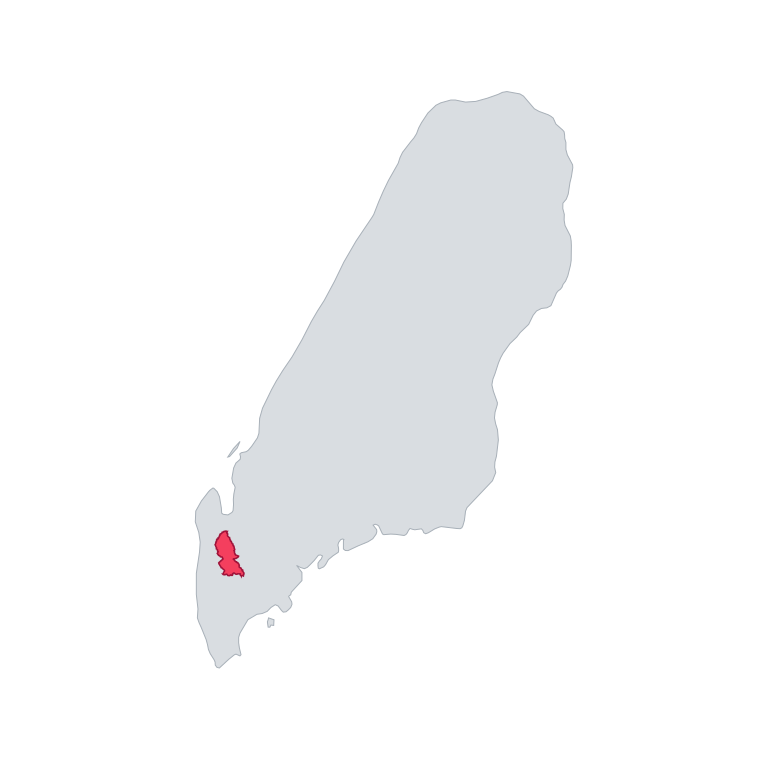 Andapa, Sava, Madagascar shown in context, rotated 192°
{"feature_id": "10022922B40357207342555", "entity_name": "Andapa", "entity_type": "district", "adm_level": 2, "iso_a3": "MDG", "parent_name": "Madagascar", "parent_adm1": "Sava", "projection": "mercator", "projection_center": [49.555, -14.613], "detail": "fine", "context": "in_parent", "style": "filled", "palette": "rose", "viewbox_px": 768, "rotation_deg": 192, "n_neighbors": 0, "source": "geoboundaries", "source_scale": "gbopen_adm2", "svg_char_len": 8487}
<svg xmlns="http://www.w3.org/2000/svg" viewBox="0 0 768 768"><g transform="rotate(192 384 384)"><path d="M500.5,87.8L502.5,92.5L504.8,97.0L512.1,107.8L515.2,112.0L517.9,116.4L519.2,125.3L523.8,139.1L528.2,159.9L529.5,181.3L530.9,191.1L534.3,200.3L539.9,209.9L541.7,220.6L538.3,231.6L533.3,242.0L532.1,244.0L529.7,246.7L528.7,246.6L524.7,243.9L521.5,239.5L517.4,229.1L515.9,223.9L514.2,223.1L509.4,223.5L506.0,226.8L505.3,228.8L506.1,234.7L507.4,239.9L508.0,245.2L508.1,252.0L509.4,254.0L511.3,255.7L513.2,260.1L513.6,270.6L512.4,275.9L509.0,280.5L509.2,283.0L510.5,285.6L509.3,287.1L504.8,289.1L503.0,290.9L500.5,295.5L496.6,305.0L496.1,309.8L498.5,324.6L497.8,335.1L492.8,355.2L489.9,364.8L485.8,376.2L479.6,391.3L473.4,410.3L468.1,429.9L464.2,441.7L459.8,453.4L453.8,474.0L448.6,495.0L441.0,518.2L430.5,544.2L429.3,547.6L427.1,560.9L424.8,572.4L422.0,583.9L416.0,602.9L415.4,608.8L414.0,614.5L408.3,626.4L405.9,630.9L404.2,635.6L403.3,641.7L401.6,647.5L397.4,658.2L391.2,667.4L387.0,670.8L377.8,675.6L373.2,676.6L362.9,676.7L353.0,679.5L342.6,684.9L332.6,691.0L328.8,693.9L324.6,695.6L311.4,696.0L307.4,694.6L294.2,684.5L289.1,682.9L279.4,681.5L276.5,680.6L273.8,679.3L269.9,674.0L262.1,669.6L260.3,668.2L259.1,665.1L258.3,661.8L256.3,658.1L254.8,651.1L252.3,646.2L245.1,637.6L244.3,634.8L243.8,625.6L244.0,619.5L243.3,608.1L244.1,602.8L246.6,598.0L245.6,592.8L242.9,587.4L241.9,581.8L239.9,576.7L232.5,567.5L230.7,562.9L229.5,558.3L226.6,543.7L226.3,538.6L226.7,527.9L227.8,522.4L229.6,518.6L230.0,515.7L231.2,513.3L233.0,511.3L234.2,509.0L237.0,495.4L240.5,492.4L245.8,490.6L250.0,487.1L252.4,482.3L254.9,472.4L261.5,462.6L263.9,457.5L269.2,449.7L273.9,438.9L275.4,433.7L276.4,428.5L277.6,417.0L278.5,411.3L278.3,405.6L275.6,399.8L269.2,389.3L268.9,387.3L269.5,379.5L268.9,373.8L266.5,368.2L263.5,362.9L260.5,353.0L259.0,336.7L259.3,330.8L258.5,325.6L256.3,320.6L257.8,311.9L277.1,280.4L277.8,276.7L277.0,267.2L277.4,261.6L278.0,259.5L279.5,258.3L282.8,257.8L298.4,256.4L300.4,255.4L304.3,252.8L309.7,247.7L312.1,246.2L314.2,246.8L315.6,248.9L317.3,250.1L323.6,247.8L326.0,247.8L328.5,248.1L329.6,246.0L330.3,243.2L331.3,241.2L332.9,240.0L341.1,239.4L346.2,238.6L352.9,236.6L354.3,237.0L359.7,244.1L361.4,244.8L363.5,245.0L365.3,243.7L360.9,240.0L360.3,237.9L360.5,235.5L362.8,230.3L366.8,226.4L375.5,220.4L384.5,213.6L387.2,213.1L389.4,214.2L391.1,222.3L390.9,223.6L392.3,223.8L394.0,222.8L395.5,219.5L395.6,216.8L394.4,214.2L393.8,212.0L393.7,210.0L398.3,205.2L401.9,200.6L403.6,195.1L405.0,192.6L408.8,189.8L410.0,190.2L410.8,192.5L411.3,195.0L410.4,197.4L409.0,199.8L408.4,203.0L410.6,203.6L412.6,202.8L415.5,197.0L418.9,191.6L420.9,188.7L423.5,186.8L427.7,187.2L431.8,188.4L425.1,182.6L423.4,174.7L431.4,161.1L431.4,158.3L432.6,157.4L433.1,156.3L429.0,151.7L428.2,149.4L428.8,146.0L430.8,142.9L432.5,140.8L435.1,139.9L437.1,141.1L441.5,144.9L444.5,145.5L448.1,141.9L451.0,137.3L455.4,134.2L460.4,132.3L468.1,125.2L473.1,110.3L473.5,106.0L472.4,100.7L470.6,95.8L467.6,89.5L468.4,88.1L472.6,89.0L474.0,88.1L478.5,82.6L486.0,72.0L488.5,72.1L490.6,74.0L491.4,76.9L492.9,79.0L497.9,84.1L500.5,87.8ZM448.3,129.5L448.3,131.2L442.6,130.5L441.7,124.9L444.5,124.7L445.1,122.4L446.8,122.1L448.6,127.1L448.3,129.5ZM517.8,289.6L512.9,297.9L514.3,290.9L520.0,280.9L521.6,280.1L517.8,289.6Z" fill="#d9dde1" stroke="#a8b0b8" stroke-width="1"/><path d="M511.5,205.4L511.5,205.2L511.4,204.9L511.6,204.4L511.8,204.3L512.2,203.8L512.3,203.5L512.6,203.5L512.8,203.4L512.9,203.2L513.1,203.1L513.1,202.7L513.2,202.4L513.3,202.2L513.3,201.9L513.2,201.7L513.3,201.5L513.1,201.4L513.3,201.2L513.4,200.9L513.5,200.5L513.5,200.3L513.7,199.8L513.6,199.4L513.7,199.2L513.8,199.0L514.2,198.9L513.9,198.5L514.0,198.1L514.3,197.8L514.5,197.4L514.8,197.3L515.0,197.4L515.1,197.5L515.2,197.3L515.3,197.0L515.4,196.7L515.3,196.4L515.2,196.4L515.1,196.0L515.0,195.8L515.2,195.6L515.2,195.4L515.4,195.3L515.5,195.1L515.5,194.7L515.3,194.2L515.5,194.0L515.6,193.7L515.4,193.4L515.5,193.0L515.5,192.6L515.6,192.3L515.7,192.2L515.7,191.8L515.8,191.7L515.6,191.4L515.3,190.9L515.0,190.7L514.9,190.5L514.6,189.8L514.4,189.6L513.8,189.2L513.8,187.9L512.7,187.5L512.4,187.3L512.3,187.2L512.1,186.7L512.3,186.3L512.2,186.2L511.9,185.7L511.7,185.6L511.3,185.5L511.3,185.3L511.5,185.1L511.5,184.6L511.7,184.4L511.7,184.1L511.9,183.6L511.6,183.4L511.5,183.2L511.3,183.1L511.2,182.9L510.9,182.9L510.6,182.7L510.5,182.2L510.2,182.0L509.9,182.0L509.6,181.8L509.2,181.9L508.9,181.9L508.6,181.4L508.2,181.0L507.8,180.9L507.2,181.1L506.8,181.0L506.6,181.1L506.3,181.1L506.0,180.6L505.8,180.5L505.8,180.2L505.7,179.9L505.2,179.7L505.2,179.3L505.2,178.9L505.6,178.6L505.8,178.5L506.1,177.9L506.4,177.8L506.6,177.6L506.8,177.3L506.7,177.1L506.8,176.8L507.1,176.7L507.4,176.4L507.4,176.1L507.6,175.9L507.7,175.7L508.0,175.6L508.1,175.2L508.3,175.0L508.2,174.6L508.4,174.5L508.1,174.0L508.1,173.8L507.8,173.6L507.7,173.4L507.4,173.2L507.2,172.9L507.0,172.7L506.8,172.4L506.4,172.1L506.3,171.9L506.2,171.8L505.8,171.6L505.5,171.0L505.0,170.4L504.8,170.5L504.3,170.5L503.5,169.7L503.0,169.6L502.6,169.4L502.2,169.2L501.9,168.9L501.6,168.8L501.4,168.7L501.2,168.4L501.1,168.1L501.1,167.6L501.3,167.4L501.6,166.8L501.8,166.0L501.6,165.4L501.6,165.1L501.8,165.0L502.0,164.7L502.3,164.6L501.7,164.2L501.2,164.1L500.6,164.2L499.9,164.3L498.9,165.1L498.5,165.2L498.3,165.0L498.1,165.0L497.9,165.1L497.7,164.9L497.3,164.6L497.2,164.4L497.0,164.2L495.6,164.3L495.2,164.4L494.7,164.8L494.6,165.2L494.3,165.4L493.7,165.2L493.2,165.2L492.9,165.1L492.5,165.4L492.5,165.5L492.4,165.8L492.7,166.2L492.8,166.3L492.8,166.5L492.7,166.6L492.3,166.8L492.4,167.2L492.1,167.4L492.0,167.7L491.9,167.8L491.6,167.8L491.4,167.9L491.1,167.9L490.9,167.9L490.6,167.6L490.4,167.5L490.1,167.4L489.9,167.4L489.6,167.2L489.1,167.1L488.4,167.4L488.2,167.4L488.1,167.7L487.8,167.9L487.4,167.9L487.2,168.0L486.9,168.1L486.3,168.1L485.7,168.4L485.1,168.4L485.1,168.0L485.0,167.4L484.9,167.3L484.7,167.3L484.5,167.0L484.4,167.0L484.1,167.0L483.6,166.3L483.6,166.6L483.3,166.9L483.1,166.9L482.4,167.4L482.1,167.1L481.7,167.0L481.8,167.4L481.6,167.7L481.7,168.2L481.5,168.6L481.6,168.8L481.7,169.1L481.6,169.4L481.6,169.9L481.7,170.0L481.9,170.2L482.1,170.4L482.2,170.5L482.5,170.8L482.8,171.0L483.0,171.2L483.1,171.4L483.2,171.5L483.3,171.6L483.2,171.7L483.2,171.8L483.3,172.0L483.5,171.9L483.5,172.0L483.6,172.4L483.6,172.5L484.0,172.4L484.0,172.6L484.1,172.8L484.4,172.8L484.8,173.2L484.9,173.4L485.0,173.5L485.3,173.7L485.5,173.8L485.7,174.3L485.9,174.3L486.1,174.4L486.5,174.3L486.9,174.6L487.2,174.6L487.3,174.8L487.5,174.8L487.6,175.1L487.7,175.3L488.0,176.1L487.8,176.6L488.2,177.1L488.6,177.8L489.3,178.1L489.7,178.8L489.8,178.8L490.0,178.9L490.5,178.7L491.3,179.0L491.2,179.4L491.3,179.5L491.9,179.4L492.3,179.5L492.5,179.7L492.8,179.7L493.1,180.0L493.3,180.4L493.5,180.5L493.7,180.4L494.1,181.0L495.0,181.4L494.9,181.7L494.8,181.8L494.6,181.8L494.3,181.7L494.0,181.6L493.8,181.8L493.7,182.1L493.4,182.3L493.1,182.5L492.9,182.5L492.7,182.5L492.4,182.6L492.0,183.2L491.8,183.3L491.4,183.6L491.3,183.9L490.6,184.5L490.5,184.8L490.4,185.0L490.5,185.5L491.2,185.5L492.4,185.8L492.9,185.9L493.6,185.8L493.9,186.0L494.1,186.5L494.3,186.5L494.5,186.8L494.5,187.1L495.0,187.5L495.1,188.0L495.4,188.4L495.4,188.7L495.5,188.9L495.4,189.2L495.4,189.3L495.6,189.5L495.8,189.5L496.2,189.9L496.1,190.1L495.8,190.4L495.8,190.6L495.6,190.7L495.6,191.3L495.8,191.6L496.0,191.8L496.3,192.0L496.5,192.3L496.5,192.9L496.8,193.3L496.8,193.6L497.0,193.8L497.3,194.0L497.3,194.4L497.4,194.5L497.9,194.5L498.0,194.5L498.1,194.9L498.2,195.1L498.2,195.4L498.6,195.9L498.6,196.1L499.0,196.1L499.3,196.3L499.6,196.6L499.8,197.0L500.1,197.1L500.2,197.6L500.4,197.8L500.5,198.1L500.8,198.3L501.0,198.3L501.4,198.4L501.5,198.5L501.4,198.8L501.5,199.0L501.7,198.9L501.8,199.1L502.0,199.4L502.2,199.8L502.6,200.1L502.7,200.5L502.7,200.9L502.8,201.0L503.0,201.3L503.1,201.6L503.4,201.5L503.5,201.6L504.1,202.0L504.8,202.4L505.0,202.5L505.3,202.7L505.4,202.8L505.4,203.1L505.6,203.3L505.7,203.6L505.8,203.7L505.6,204.2L505.7,204.3L505.8,204.7L505.8,205.0L506.0,205.3L506.3,205.3L506.5,205.3L506.7,205.6L506.8,205.7L507.0,205.8L507.0,206.0L506.8,206.2L506.9,206.3L507.0,206.4L506.9,206.6L506.9,206.8L506.8,207.0L507.1,206.9L507.3,207.0L507.3,207.3L507.5,207.3L507.9,207.3L508.2,207.3L508.5,206.9L508.9,206.7L509.2,206.8L509.3,206.7L509.5,206.7L509.8,206.5L510.1,206.4L510.2,205.9L510.5,205.8L510.6,205.6L510.9,205.5L511.3,205.5L511.5,205.4Z" fill="#f43f5e" stroke="#9f1239" stroke-width="1.5"/></g></svg>